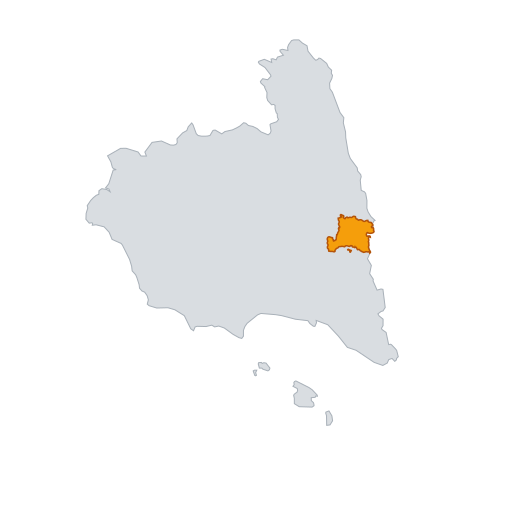 Spain, with Navarra highlighted, rotated 67°
{"feature_id": "ESP-5837", "entity_name": "Navarra", "entity_type": "Autonomous Community", "adm_level": 1, "iso_a3": "ESP", "parent_name": "Spain", "parent_adm1": "", "projection": "albers", "projection_center": [-1.621, 42.607], "detail": "fine", "context": "in_parent", "style": "filled", "palette": "amber", "viewbox_px": 512, "rotation_deg": 67, "n_neighbors": 0, "source": "natural_earth", "source_scale": "10m", "svg_char_len": 8676}
<svg xmlns="http://www.w3.org/2000/svg" viewBox="0 0 512 512"><g transform="rotate(67 256 256)"><path d="M269.8,132.5L269.8,133.8L272.0,136.2L278.4,137.6L280.0,138.6L279.7,141.9L278.1,144.8L279.5,146.0L281.1,146.0L282.9,143.7L283.3,145.2L286.3,146.6L292.7,149.1L297.3,149.4L302.1,154.5L309.7,153.5L316.7,158.3L323.2,157.1L324.7,158.0L334.7,157.9L335.2,153.8L336.3,152.2L353.9,157.2L356.2,160.6L355.9,162.4L356.9,166.4L359.2,166.1L363.8,163.7L369.8,166.3L371.5,168.7L372.8,168.8L377.2,166.1L389.4,168.5L389.8,166.6L390.7,165.9L395.7,164.0L397.8,163.4L404.3,164.4L405.2,166.6L406.5,167.4L407.2,169.4L403.5,170.8L403.2,174.3L405.8,177.0L406.3,182.0L400.1,188.8L381.8,200.8L375.8,207.6L361.8,211.5L347.3,216.8L338.8,225.8L341.1,226.4L343.8,229.3L343.0,230.7L339.2,232.8L335.8,233.5L329.6,244.4L320.9,255.7L317.7,260.8L310.8,273.9L310.8,277.6L314.5,290.5L316.6,293.8L319.5,296.6L324.9,298.9L326.3,301.3L324.5,303.6L319.2,307.7L309.9,313.3L305.9,317.7L305.1,321.8L302.4,323.7L301.4,329.6L297.7,337.7L297.5,339.8L300.4,342.7L297.5,344.5L282.9,345.3L273.8,351.7L269.2,357.3L265.1,367.7L260.0,373.8L257.8,374.9L254.3,372.2L250.0,371.7L245.8,372.6L243.6,374.7L240.1,375.8L236.8,374.8L229.6,374.1L226.3,374.1L221.3,375.8L216.9,374.5L209.7,373.7L193.8,374.7L191.8,375.2L184.5,382.0L176.8,381.9L169.8,384.4L164.8,391.0L163.7,394.7L162.4,393.7L161.3,394.0L160.6,396.7L155.7,398.2L150.4,395.7L146.1,392.1L143.7,391.7L140.2,386.3L138.7,382.8L137.7,379.2L137.8,376.6L134.5,375.0L133.8,371.6L136.5,367.4L139.9,365.2L136.9,365.2L134.5,367.9L132.0,363.3L121.1,353.9L121.9,350.9L119.8,353.1L118.4,353.6L112.6,352.8L105.8,353.5L104.0,338.6L106.1,333.5L114.2,323.9L119.0,322.8L121.2,317.8L116.9,317.7L110.8,307.3L113.2,298.1L120.3,291.5L121.7,288.7L122.1,286.2L120.9,284.2L117.3,283.0L114.0,275.4L113.5,270.7L110.6,267.9L108.4,263.2L110.7,262.7L120.1,263.2L122.5,262.2L124.4,259.3L126.5,254.3L127.1,251.3L123.7,246.7L123.7,245.7L124.2,244.3L130.2,239.8L129.3,236.0L130.7,228.4L130.5,223.9L130.1,220.2L128.5,215.3L129.8,213.5L132.9,212.0L135.5,208.3L139.1,205.2L143.7,202.9L149.2,197.5L148.5,194.9L146.8,193.3L140.5,191.8L140.1,190.7L140.5,184.5L139.0,181.9L136.7,182.1L133.2,180.8L132.3,181.4L127.9,180.9L124.8,179.6L123.4,180.5L122.9,182.6L117.5,184.5L114.5,184.2L109.8,182.0L104.2,182.2L103.6,181.7L98.7,183.9L97.1,183.8L95.4,180.6L98.3,176.4L96.4,172.0L95.0,171.8L86.0,174.1L80.6,177.8L78.5,178.1L77.9,177.3L78.2,171.5L84.0,165.9L80.6,165.2L81.0,163.4L83.3,160.8L81.3,158.5L81.9,152.3L77.0,153.9L75.8,153.5L76.0,151.0L79.3,146.3L76.3,145.4L74.2,143.4L71.6,139.1L71.8,136.9L73.8,132.1L78.1,130.1L82.4,126.9L87.8,128.1L96.2,125.8L99.2,124.5L99.2,122.4L98.4,120.8L99.4,119.4L106.3,115.7L110.3,115.6L114.6,113.8L117.2,115.3L119.6,115.0L122.2,116.8L125.6,120.7L130.8,122.6L135.1,121.7L156.7,122.6L163.0,121.1L167.6,123.6L176.8,125.1L182.3,127.2L197.6,130.9L203.1,131.1L214.4,128.4L217.5,129.2L222.0,127.8L224.1,128.2L226.9,130.4L236.7,133.5L239.3,131.1L241.2,130.6L248.3,132.2L255.4,135.3L259.1,135.6L264.6,134.8L269.8,132.5ZM408.0,260.5L410.7,261.6L413.5,260.4L415.0,260.6L416.5,261.1L417.0,263.4L411.6,275.1L406.9,278.4L401.9,276.3L399.0,275.8L398.2,274.9L397.3,271.3L396.0,270.2L394.1,269.8L390.4,272.9L389.2,271.0L387.4,270.7L386.6,269.6L386.6,268.1L397.7,258.7L401.0,256.6L408.0,254.0L409.1,254.3L408.2,255.6L409.2,256.8L408.0,260.5ZM440.4,253.9L439.5,257.1L430.6,253.5L427.8,253.2L427.0,252.6L427.1,249.4L432.8,248.6L437.6,249.9L440.4,253.9ZM361.5,294.4L360.5,296.7L356.2,296.1L355.2,295.2L356.1,292.6L357.3,292.3L357.3,290.5L358.5,288.6L364.6,287.0L366.0,288.1L366.4,289.9L362.9,293.9L361.5,294.4ZM366.1,303.2L365.4,303.8L360.7,303.5L360.5,302.0L361.4,299.9L363.2,301.9L366.0,302.2L366.1,303.2Z" fill="#d9dde1" stroke="#a8b0b8" stroke-width="1"/><path d="M271.0,136.6L271.0,136.8L271.3,136.7L271.6,136.6L272.2,136.5L272.7,136.2L273.0,136.3L273.5,136.5L273.8,136.7L273.8,136.9L273.7,137.1L273.7,137.4L273.9,138.0L274.0,138.2L274.4,138.4L274.7,138.4L275.0,138.4L275.3,138.2L275.4,137.9L275.6,137.2L276.0,137.0L276.6,137.0L277.4,137.3L278.5,137.9L278.8,137.8L279.1,137.7L279.4,137.7L280.2,138.5L280.3,139.8L280.0,141.3L279.6,142.4L279.3,142.9L278.2,144.1L277.9,144.4L278.3,145.2L278.8,145.7L279.3,146.1L280.0,146.2L280.7,146.3L281.2,146.1L281.4,145.6L281.5,144.7L281.7,144.0L282.1,143.4L282.7,143.2L283.3,143.4L282.8,143.8L282.5,144.3L282.7,144.8L283.1,145.3L283.6,145.6L285.2,145.9L286.1,146.4L286.9,147.1L287.9,147.0L288.2,147.1L288.6,147.4L288.8,147.6L289.7,147.7L290.2,147.8L290.5,148.2L291.5,148.9L292.5,149.2L294.6,149.3L296.7,149.0L297.4,149.2L297.8,150.2L297.1,150.2L296.1,150.7L296.0,151.0L295.9,151.3L295.9,151.6L295.8,151.8L295.1,152.8L295.0,153.1L294.9,153.4L295.0,154.0L294.8,155.0L294.6,155.7L294.3,155.9L293.9,156.1L293.6,156.7L293.0,156.9L292.3,157.6L292.0,157.9L291.6,158.0L290.4,158.4L290.2,158.6L290.1,158.9L290.1,159.1L290.1,159.4L290.0,159.9L289.8,160.1L289.6,160.2L289.0,160.2L288.8,160.2L287.2,160.4L287.0,160.6L286.9,160.8L286.9,161.0L286.6,161.4L286.4,161.4L286.5,161.5L286.9,161.7L286.9,161.8L286.7,162.0L286.1,162.5L285.8,162.8L285.6,163.1L285.6,163.4L285.4,163.6L285.2,163.7L284.9,163.8L284.5,163.6L284.2,163.6L284.0,163.8L283.8,164.1L283.6,164.4L283.5,164.7L283.4,165.0L283.5,165.2L283.5,165.4L283.7,165.6L283.7,165.8L283.8,166.0L283.6,166.4L283.2,167.0L282.5,167.7L281.9,168.7L281.7,169.3L281.7,169.7L281.7,170.0L281.8,170.2L282.0,170.3L282.1,170.5L282.1,171.0L281.3,172.0L280.8,172.8L280.6,173.3L280.5,173.7L280.5,174.0L280.3,174.5L280.2,174.9L280.0,175.4L279.9,175.8L279.9,176.1L279.9,176.3L280.1,176.6L280.2,176.8L280.4,177.1L280.5,177.3L280.5,177.6L280.5,178.3L280.5,178.6L280.5,179.1L280.6,179.4L280.7,179.6L281.1,180.0L281.3,180.4L281.4,180.7L281.5,180.9L281.7,181.1L281.9,181.3L282.2,181.3L282.4,181.3L282.6,181.5L282.7,181.8L282.7,182.4L282.5,182.8L281.9,183.5L281.4,184.4L281.1,185.2L280.9,185.5L280.8,185.9L280.5,186.3L280.3,186.5L280.1,186.9L280.0,187.1L279.9,187.1L279.7,187.0L279.2,186.9L278.9,186.9L278.1,186.6L277.9,186.6L277.7,186.7L277.2,187.0L276.7,187.1L276.4,187.1L276.2,187.0L275.7,186.8L275.2,186.5L275.1,186.4L274.8,185.9L274.6,185.7L274.4,185.6L273.9,185.4L273.4,185.2L273.2,185.3L272.7,185.5L272.4,185.5L272.1,185.4L271.6,185.2L271.4,185.1L271.2,184.9L270.8,184.5L270.6,184.3L270.4,184.1L270.2,184.1L269.1,184.0L268.9,184.0L268.6,183.8L268.4,183.7L268.1,183.8L267.1,182.9L266.9,182.5L266.8,182.1L266.8,181.8L266.8,181.5L266.8,181.3L267.0,181.0L268.0,179.7L268.4,179.4L268.6,179.1L268.7,178.9L268.8,178.7L269.2,178.4L269.4,178.5L269.8,178.7L270.0,178.7L270.3,178.7L270.8,178.5L271.1,178.5L271.3,178.5L271.9,178.8L272.2,178.8L272.4,178.8L272.6,178.6L272.6,178.4L272.5,178.1L272.5,177.7L272.6,177.4L272.6,177.2L272.3,176.7L272.3,175.9L271.5,175.4L271.0,175.2L269.7,174.5L269.0,173.9L268.8,173.7L268.6,173.7L268.2,173.7L267.9,173.4L267.9,173.2L267.9,172.9L267.9,172.7L266.8,171.9L264.8,169.5L263.3,169.5L262.7,169.2L262.3,168.7L262.5,168.6L262.6,168.3L262.7,168.2L262.1,167.6L261.4,167.5L259.6,167.7L259.1,167.6L258.7,167.5L258.3,167.2L258.0,166.8L257.8,166.5L257.0,166.0L256.7,165.9L255.0,166.1L253.9,165.7L253.3,165.6L253.4,165.0L253.6,163.1L253.5,162.4L253.5,162.2L253.3,162.0L253.1,161.9L252.9,161.9L252.4,162.6L252.1,162.7L251.9,162.6L251.5,162.4L251.3,162.3L251.1,162.2L251.0,161.7L251.4,161.1L251.6,161.0L252.1,160.6L252.5,160.2L253.0,159.7L253.3,159.6L253.5,159.7L253.8,159.7L253.9,159.8L254.0,159.9L254.2,160.3L254.4,160.5L254.9,160.5L255.2,160.4L255.4,160.3L256.2,159.8L256.4,159.6L256.4,159.2L256.0,158.9L255.9,158.8L255.7,157.5L255.7,157.2L255.9,156.8L256.6,156.6L256.8,156.4L256.8,156.1L256.9,155.5L256.9,154.9L257.2,154.1L257.8,153.2L257.9,152.8L257.9,152.5L257.5,150.9L257.9,150.1L258.0,149.9L258.1,149.7L258.3,149.4L258.6,149.1L258.9,149.1L259.4,149.3L259.6,149.4L260.2,149.3L260.4,149.3L260.7,149.3L261.0,149.2L261.3,148.9L261.8,148.2L262.0,148.1L262.8,147.9L263.0,147.8L263.2,147.5L263.2,147.2L263.2,146.9L263.2,146.6L263.2,146.3L263.3,146.0L263.5,145.5L263.9,144.9L265.3,143.9L265.6,143.8L266.0,143.5L266.3,143.2L266.6,142.4L266.7,142.0L266.6,141.7L266.5,141.4L266.5,141.2L266.5,140.6L266.5,140.3L266.7,139.6L266.8,139.4L266.9,139.5L267.3,139.6L267.5,139.5L267.5,139.4L267.6,139.2L267.9,139.1L268.1,139.2L268.4,139.2L268.7,139.0L269.1,138.7L269.5,138.0L269.9,137.2L270.1,137.0L270.3,136.8L271.0,136.6L271.0,136.6ZM288.2,166.2L288.4,166.2L288.5,166.5L288.5,166.9L288.8,167.0L289.1,167.3L289.3,167.5L289.3,167.8L289.1,168.0L288.8,168.0L288.2,167.8L287.8,167.7L287.5,167.5L287.5,167.1L287.6,166.8L287.7,166.5L288.1,166.2L288.2,166.2ZM286.7,167.7L286.8,167.9L286.8,168.2L286.6,168.8L286.4,169.1L286.0,169.1L285.8,168.8L285.9,168.3L286.1,168.1L286.4,167.9L286.7,167.7Z" fill="#f59e0b" stroke="#b45309" stroke-width="1.5"/></g></svg>